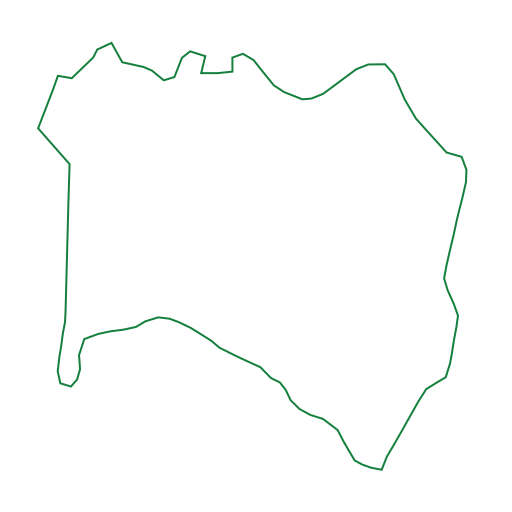 Caaporã, Paraíba, Brazil (Mercator projection), rotated 178°
{"feature_id": "56859067B18001718921776", "entity_name": "Caaporã", "entity_type": "district", "adm_level": 2, "iso_a3": "BRA", "parent_name": "Brazil", "parent_adm1": "Paraíba", "projection": "mercator", "projection_center": [-34.92, -7.478], "detail": "fine", "context": "isolated", "style": "outline", "palette": "green", "viewbox_px": 512, "rotation_deg": 178, "n_neighbors": 0, "source": "geoboundaries", "source_scale": "gbopen_adm2", "svg_char_len": 1399}
<svg xmlns="http://www.w3.org/2000/svg" viewBox="0 0 512 512"><g transform="rotate(178 256 256)"><path d="M137.9,38.0L132.1,51.1L125.0,62.2L115.4,77.7L107.7,90.4L98.6,105.3L90.5,117.0L78.9,123.7L70.6,128.2L65.9,141.6L63.9,150.5L61.1,165.1L58.3,177.5L56.2,189.3L59.9,201.0L65.8,215.5L68.8,227.1L65.9,240.1L62.0,254.8L57.3,271.9L54.3,284.0L51.5,294.2L47.9,306.3L43.6,322.3L42.7,334.8L47.0,347.9L62.0,352.8L69.7,362.0L81.3,375.7L91.4,387.8L101.9,407.2L112.0,432.9L120.3,443.1L137.0,443.5L149.2,439.2L183.3,415.7L195.3,411.4L204.3,411.0L222.1,418.8L232.2,425.9L244.8,442.6L251.5,451.8L262.0,458.5L272.7,455.1L273.1,441.1L287.7,440.1L304.4,440.7L299.7,457.5L314.7,462.8L323.1,456.6L331.3,437.7L342.0,434.8L353.5,444.9L361.7,448.8L382.9,454.3L393.0,474.0L407.4,467.9L411.8,460.0L433.9,440.1L447.7,443.0L453.0,429.5L469.3,391.2L439.1,354.3L441.6,316.3L448.3,206.8L449.2,196.4L451.7,185.5L453.9,172.4L456.0,162.2L458.2,147.7L456.0,135.6L445.5,132.0L439.1,138.8L435.8,149.0L436.3,163.2L430.5,179.0L416.4,183.6L404.1,185.8L391.1,187.0L378.4,189.3L369.0,194.5L355.9,198.1L344.8,196.4L335.7,192.7L323.7,186.4L312.2,178.7L303.6,172.8L295.7,165.6L285.6,160.1L274.7,154.3L266.3,150.1L255.4,144.6L245.3,133.5L236.5,128.8L230.9,121.0L226.4,110.6L217.8,101.5L207.3,95.3L194.7,90.8L180.5,79.2L174.7,67.1L169.8,57.9L164.5,48.2L156.8,43.7L148.0,40.3L137.9,38.0Z" fill="none" stroke="#15803d" stroke-width="2"/></g></svg>